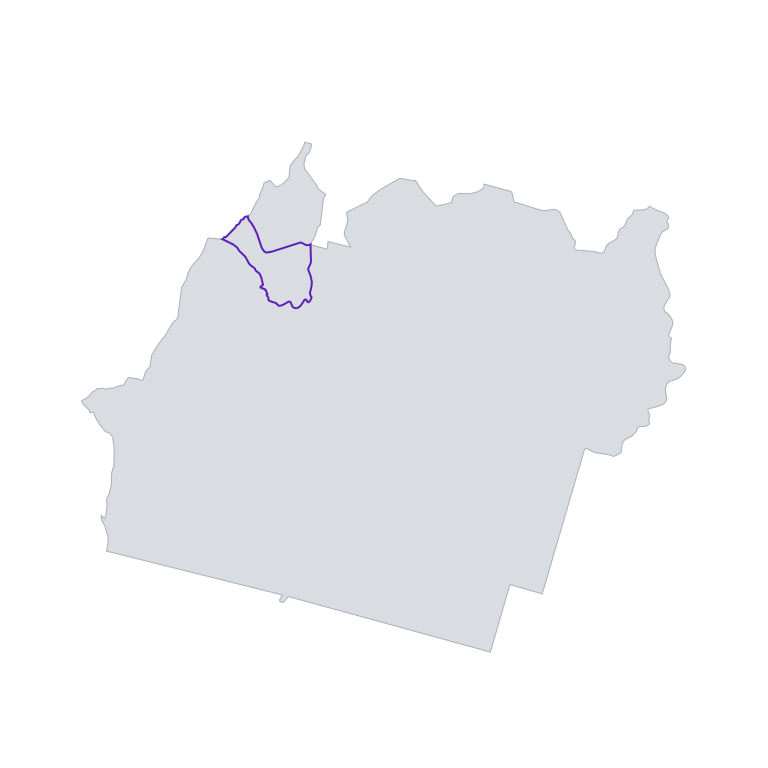 Sennar on a map of Sudan (Albers equal-area conic projection), rotated 194°
{"feature_id": "SDN-880", "entity_name": "Sennar", "entity_type": "Region", "adm_level": 1, "iso_a3": "SDN", "parent_name": "Sudan", "parent_adm1": "", "projection": "albers", "projection_center": [34.248, 12.985], "detail": "medium", "context": "in_parent", "style": "outline", "palette": "violet", "viewbox_px": 768, "rotation_deg": 194, "n_neighbors": 0, "source": "natural_earth", "source_scale": "10m", "svg_char_len": 5610}
<svg xmlns="http://www.w3.org/2000/svg" viewBox="0 0 768 768"><g transform="rotate(194 384 384)"><path d="M519.3,599.4L512.7,599.4L512.0,597.8L512.1,593.5L512.8,590.3L515.3,585.2L514.7,582.4L515.0,578.4L513.3,573.9L497.6,560.7L494.6,557.1L486.2,553.7L487.7,550.0L484.3,523.1L486.0,520.1L486.5,515.4L486.5,511.2L488.6,504.4L488.8,501.4L472.2,501.1L472.0,504.1L472.7,507.4L472.7,508.7L449.6,508.7L458.8,519.3L459.1,523.9L458.6,529.7L458.7,533.4L459.2,535.8L461.6,540.5L461.5,541.4L460.9,542.5L444.3,556.4L441.5,562.9L439.3,566.3L434.4,572.0L419.2,586.8L416.7,587.8L405.2,588.2L404.1,588.5L403.1,589.2L402.7,589.0L392.9,580.1L376.6,569.2L365.6,574.5L362.5,576.5L362.4,581.6L360.7,584.2L357.7,587.0L349.6,588.6L345.3,590.0L340.3,592.8L335.2,597.5L334.8,600.0L335.3,602.2L307.4,601.5L305.5,599.7L301.7,591.7L298.8,592.1L273.4,590.5L269.7,591.2L262.4,594.2L258.7,594.7L254.9,593.1L242.0,577.0L239.2,575.1L236.3,571.2L233.5,569.5L232.6,568.3L232.3,566.6L232.5,563.2L231.6,561.0L229.6,560.5L211.5,563.5L208.9,563.0L205.1,563.5L203.8,564.1L202.2,566.1L201.8,570.4L201.3,572.5L199.8,574.8L194.5,579.9L193.3,582.1L193.3,588.0L192.9,590.9L192.0,592.2L189.7,594.4L188.8,595.7L187.7,603.1L184.7,607.5L184.0,609.1L183.7,612.3L183.2,613.3L174.9,615.6L171.8,617.1L169.9,619.5L169.4,620.6L165.9,619.6L161.5,618.7L153.0,617.6L149.6,616.2L148.1,614.4L148.8,609.9L148.0,608.9L146.7,608.0L145.8,606.1L146.1,603.7L150.8,598.7L151.9,595.9L153.6,582.9L153.4,578.9L150.2,571.4L142.6,558.3L140.7,555.8L131.0,544.9L129.9,543.3L127.6,538.8L130.7,529.2L131.0,526.5L130.4,523.8L128.0,521.6L125.7,521.2L122.8,518.5L120.9,517.2L119.3,514.9L118.2,511.7L119.6,500.3L119.1,498.8L116.5,498.2L116.0,497.4L116.2,495.2L115.1,488.6L113.8,483.2L114.7,480.3L112.8,476.1L108.7,474.2L100.6,475.2L98.1,474.8L96.4,474.0L95.3,472.4L94.7,470.6L95.4,468.0L97.9,463.3L101.0,459.5L107.0,456.1L108.6,454.3L109.6,452.2L109.9,449.7L109.6,447.1L109.0,444.7L107.5,441.5L106.1,437.7L106.2,435.3L107.0,433.5L108.7,431.4L114.6,427.5L120.6,424.3L121.7,423.1L121.4,421.6L118.8,418.6L118.2,413.0L116.9,409.1L120.0,406.3L122.3,405.3L125.7,404.6L127.1,403.4L127.6,401.1L127.6,398.8L128.9,397.2L130.7,393.7L132.2,392.2L136.8,388.2L137.9,385.5L138.3,383.0L137.4,375.0L140.2,371.9L143.6,369.3L148.3,369.7L155.7,369.4L160.7,368.5L164.3,368.7L172.4,370.5L173.2,369.9L173.7,367.8L179.7,218.6L212.8,219.9L213.3,219.7L215.9,149.6L423.8,154.6L425.5,154.4L428.8,147.9L430.2,147.4L432.4,147.8L433.1,149.3L431.3,154.7L612.8,154.7L613.3,162.7L614.8,169.1L620.1,178.2L624.5,183.1L626.1,185.8L626.3,187.0L626.1,188.2L624.8,186.9L622.5,186.0L622.2,190.3L623.4,199.1L625.3,205.2L624.1,210.9L624.3,220.6L626.8,232.2L626.4,239.6L630.4,256.8L634.3,266.4L636.4,268.8L638.7,270.0L643.1,270.7L649.7,275.6L654.9,280.6L656.8,283.3L659.3,286.3L661.0,285.7L662.0,284.9L663.8,287.3L672.0,292.3L673.3,294.7L670.4,297.1L667.0,301.2L665.4,305.0L664.6,306.2L661.9,308.6L661.4,309.8L660.3,310.5L659.0,310.6L656.2,311.9L653.7,311.6L651.1,312.3L650.2,313.2L648.2,314.0L645.5,314.5L641.2,317.7L637.5,319.4L636.3,320.6L634.4,327.0L633.0,328.7L627.5,329.0L624.8,329.5L621.1,328.9L619.3,329.0L618.9,330.3L618.3,335.8L618.4,338.1L615.3,344.4L616.4,356.1L613.4,364.8L613.0,366.8L610.1,373.8L608.5,376.4L604.8,389.4L603.3,393.3L600.1,397.6L603.7,428.6L601.0,438.2L601.2,443.4L599.3,451.1L597.8,454.7L595.3,459.0L593.2,463.8L591.5,470.1L590.3,482.1L589.7,483.2L579.8,484.7L576.7,485.6L574.6,486.9L572.0,490.0L567.0,498.5L564.3,503.6L560.2,510.7L555.3,515.7L554.3,518.1L553.5,522.7L551.7,529.8L550.1,534.9L550.4,539.0L548.9,546.1L549.1,549.6L547.4,551.5L545.1,553.3L543.5,553.8L536.6,549.0L531.7,552.3L528.6,556.9L526.2,561.5L527.6,571.4L527.5,573.5L526.8,575.9L522.1,585.5L520.8,589.9L519.3,597.6L519.3,599.4Z" fill="#d9dde1" stroke="#a8b0b8" stroke-width="1"/><path d="M560.1,510.2L559.9,511.7L558.9,512.8L556.6,513.8L556.0,512.1L555.0,510.6L551.7,508.1L547.8,504.2L543.5,499.0L535.9,487.0L534.2,485.2L533.0,484.2L531.6,483.4L530.4,483.1L529.2,483.3L524.8,485.3L499.6,500.9L498.9,501.1L497.9,501.1L494.0,500.1L493.0,500.0L491.5,500.3L490.7,500.6L490.2,500.9L489.1,501.7L484.6,485.6L484.4,483.4L484.7,481.5L485.4,478.6L485.4,477.5L485.1,476.4L481.5,471.3L479.0,466.3L478.4,464.3L478.0,461.1L477.9,455.5L477.8,454.2L477.4,453.3L477.0,452.4L476.5,451.9L475.3,450.7L475.6,447.6L476.0,446.6L476.6,445.5L477.4,445.0L478.2,445.2L479.8,447.0L480.9,446.9L481.6,446.1L483.4,440.9L484.0,439.6L484.9,438.2L486.0,437.2L487.3,436.4L488.7,436.1L490.1,436.3L491.5,437.0L494.3,440.6L495.2,441.1L496.1,441.0L497.1,440.3L499.9,437.5L502.1,435.7L503.3,435.0L504.2,434.6L504.7,434.6L505.6,434.7L508.8,436.5L509.7,436.6L512.2,436.5L516.1,437.2L516.3,437.7L516.7,438.3L516.8,439.2L517.1,439.8L518.9,441.4L519.2,441.8L519.4,442.2L519.0,442.4L518.9,442.8L519.2,443.4L519.5,444.2L519.7,444.4L520.3,444.7L521.5,446.6L521.8,446.9L522.0,446.9L522.2,446.6L522.7,446.9L523.4,447.4L523.8,447.5L524.2,447.5L524.8,447.1L525.0,447.1L525.5,447.6L525.9,447.7L526.6,447.6L527.2,447.7L527.3,448.2L527.2,448.9L526.8,449.5L525.8,450.3L525.6,450.6L525.5,451.0L525.6,451.7L526.7,453.5L528.7,457.4L531.3,460.8L532.1,461.3L533.6,462.0L534.9,462.4L535.6,462.8L536.0,463.2L537.2,464.7L538.0,465.2L541.2,466.6L542.2,466.9L543.0,467.4L544.4,468.5L545.0,469.1L546.3,470.7L548.0,472.4L549.1,473.7L549.5,474.0L556.9,478.3L558.3,479.8L559.4,480.7L560.7,481.5L564.1,482.9L575.7,485.4L575.1,485.8L574.8,487.2L574.7,487.6L574.3,488.0L573.0,488.3L572.7,488.7L566.3,499.7L565.9,500.6L565.7,502.1L565.4,502.6L564.3,503.3L563.9,503.6L563.7,504.0L563.1,505.5L562.7,507.5L562.4,508.3L561.8,509.1L560.5,509.9L560.1,510.2Z" fill="none" stroke="#5b21b6" stroke-width="2"/></g></svg>